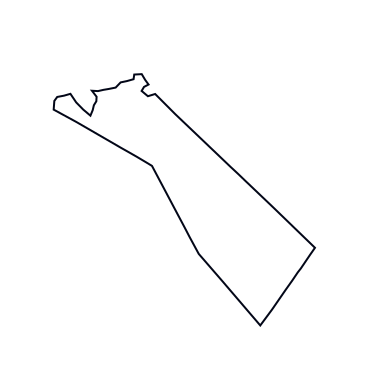 Jupi, Pernambuco, Brazil (Equal Earth projection), rotated 150°
{"feature_id": "56859067B99038374336772", "entity_name": "Jupi", "entity_type": "district", "adm_level": 2, "iso_a3": "BRA", "parent_name": "Brazil", "parent_adm1": "Pernambuco", "projection": "equal_earth", "projection_center": [-36.381, -8.72], "detail": "fine", "context": "isolated", "style": "outline", "palette": "ink", "viewbox_px": 384, "rotation_deg": 150, "n_neighbors": 0, "source": "geoboundaries", "source_scale": "gbopen_adm2", "svg_char_len": 818}
<svg xmlns="http://www.w3.org/2000/svg" viewBox="0 0 384 384"><g transform="rotate(150 192 192)"><path d="M270.6,332.5L257.4,310.9L232.0,266.8L222.2,250.1L216.6,240.1L213.6,234.6L214.8,201.4L215.3,188.0L215.6,179.6L216.1,165.2L216.6,153.8L217.1,135.0L210.5,100.8L199.6,42.3L181.6,50.1L159.9,60.4L149.2,65.3L140.6,69.5L135.9,71.4L121.5,78.4L113.4,82.2L129.5,138.5L140.3,175.2L143.1,184.9L146.0,194.3L149.0,204.6L167.6,267.9L174.9,295.3L182.3,297.0L185.1,304.7L181.0,307.0L175.9,306.8L176.5,312.5L176.6,319.2L183.3,322.6L186.2,318.9L192.9,320.6L199.0,322.6L205.9,320.6L212.7,322.9L217.5,324.7L223.0,326.4L228.0,329.7L227.0,322.2L229.5,318.4L233.6,316.2L237.1,312.5L241.8,308.9L245.0,317.8L247.5,327.5L248.2,337.8L254.6,339.4L261.2,341.7L265.7,339.7L270.6,332.5Z" fill="none" stroke="#020617" stroke-width="2"/></g></svg>